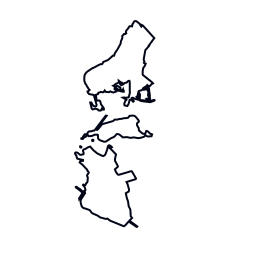 the district of Medalaii, Koror, Palau, rotated 307°
{"feature_id": "81905179B66298370942195", "entity_name": "Medalaii", "entity_type": "district", "adm_level": 2, "iso_a3": "PLW", "parent_name": "Palau", "parent_adm1": "Koror", "projection": "albers", "projection_center": [134.462, 7.336], "detail": "fine", "context": "isolated", "style": "outline", "palette": "ink", "viewbox_px": 256, "rotation_deg": 307, "n_neighbors": 0, "source": "geoboundaries", "source_scale": "gbopen_adm2", "svg_char_len": 5852}
<svg xmlns="http://www.w3.org/2000/svg" viewBox="0 0 256 256"><g transform="rotate(307 128 128)"><path d="M215.6,94.9L218.8,78.2L218.5,76.8L217.5,77.6L217.0,77.6L217.6,75.8L218.1,75.4L218.3,72.8L218.3,70.4L217.8,69.5L217.1,68.9L215.9,68.9L214.4,69.2L213.4,69.1L211.7,70.1L210.2,68.0L206.9,68.2L205.2,68.0L204.0,68.2L203.2,68.6L202.6,69.6L201.3,69.2L200.7,68.3L198.1,68.0L196.3,69.4L193.2,70.1L190.7,71.4L184.3,72.3L179.8,72.5L177.4,73.4L176.7,72.4L171.0,71.3L169.5,70.7L165.9,68.5L164.2,68.9L163.3,68.8L162.6,67.8L160.7,66.7L155.8,64.5L154.4,63.6L148.4,61.5L146.6,61.3L144.8,61.4L143.8,61.7L142.2,62.6L139.5,64.6L137.7,67.3L137.3,68.8L136.4,70.5L136.2,71.6L135.6,72.6L135.3,74.4L133.7,74.2L132.8,73.7L132.2,74.4L131.7,76.5L133.8,80.8L127.5,89.1L126.3,89.4L125.5,88.9L125.0,88.1L124.9,87.0L125.1,86.2L126.3,83.3L125.6,82.5L121.6,87.4L121.5,88.5L123.8,90.4L124.7,92.7L124.3,93.7L125.1,95.3L125.8,95.8L127.8,95.5L127.5,96.9L128.3,97.6L129.0,97.0L129.6,95.9L130.6,92.3L131.2,91.5L132.6,89.8L132.7,88.6L131.3,86.8L131.8,85.6L135.2,82.4L137.0,83.6L138.3,83.1L139.1,83.8L140.4,84.5L141.1,86.0L141.9,86.9L143.9,86.8L143.4,88.3L145.3,91.4L146.6,91.8L147.0,93.7L147.7,95.1L149.6,96.2L150.2,96.8L151.1,96.5L150.9,95.4L151.0,93.8L152.8,92.9L153.0,91.9L152.9,90.8L153.8,91.3L155.4,91.5L158.8,93.3L160.2,92.1L160.1,94.6L160.6,96.1L160.3,97.9L161.9,98.3L163.8,99.7L165.0,99.7L165.8,100.0L166.5,100.7L165.7,101.8L159.2,106.7L157.1,108.4L152.9,110.1L150.4,107.6L150.2,106.7L149.2,105.7L149.4,108.1L149.9,108.8L149.7,109.8L147.9,109.6L146.1,110.1L145.0,110.5L144.0,111.6L145.1,114.2L147.2,114.1L151.4,112.4L152.1,113.0L152.6,113.8L152.1,115.9L152.1,116.3L152.9,116.5L153.2,116.1L153.3,114.4L153.7,113.3L154.0,112.9L154.8,113.2L155.1,113.8L155.5,116.1L156.9,119.4L157.4,122.2L162.0,130.2L165.5,132.5L166.2,132.5L166.2,132.1L165.0,131.0L163.4,130.3L163.0,129.9L163.2,129.5L165.6,127.0L167.9,125.2L169.5,123.4L171.8,121.3L172.7,120.3L173.0,119.6L172.9,119.3L172.5,119.3L171.5,120.1L170.0,120.6L169.7,121.1L169.7,121.7L169.0,122.6L167.9,123.4L166.4,124.1L164.9,126.4L164.3,126.8L163.7,126.9L162.5,125.1L162.1,125.0L162.2,125.9L163.0,127.4L163.0,128.1L162.2,128.8L161.7,128.8L160.4,126.8L159.3,123.5L157.6,121.0L158.2,119.9L162.0,117.4L162.7,115.8L158.2,118.2L157.4,117.8L157.5,116.8L158.0,116.0L158.8,116.4L160.0,116.0L163.5,114.4L164.4,114.6L166.4,116.2L167.2,116.4L169.1,116.2L171.3,117.0L168.6,118.1L169.5,118.8L170.9,118.7L172.1,118.0L173.9,117.6L173.8,119.5L174.5,120.2L177.2,120.4L178.7,121.1L179.0,119.6L179.3,108.1L179.7,107.4L182.1,105.6L184.9,104.1L187.7,104.0L190.0,103.4L189.6,101.5L191.1,101.0L191.6,99.9L192.5,99.1L200.6,95.0L206.3,95.4L206.3,95.0L215.6,94.9ZM54.2,194.4L54.6,194.7L55.0,194.7L54.8,185.1L55.6,185.0L58.6,185.4L59.2,183.3L64.0,179.2L64.6,178.4L65.9,175.7L69.4,172.2L71.3,169.3L74.6,165.5L77.7,166.8L78.8,166.3L79.7,165.6L82.9,161.4L84.0,159.3L91.7,164.9L92.5,164.8L95.7,157.3L95.4,156.5L85.3,149.0L84.8,148.3L84.8,147.3L85.8,144.5L87.1,142.4L90.9,143.2L91.6,142.6L94.0,137.4L95.1,136.4L99.7,134.3L100.9,126.9L101.0,124.2L102.0,126.3L103.0,126.7L103.2,125.8L103.1,123.7L102.4,123.0L101.5,122.9L98.1,124.4L93.3,125.8L92.3,125.8L90.8,125.2L90.2,124.0L89.2,118.6L89.4,113.9L90.4,108.9L88.2,107.5L85.7,106.6L84.1,105.5L83.1,105.5L82.4,106.1L81.3,107.7L80.2,108.2L78.2,106.5L77.7,105.5L77.9,102.7L77.2,101.1L76.1,100.8L75.5,101.4L74.8,103.4L73.5,105.0L73.0,106.0L75.4,111.3L74.7,111.8L72.9,109.8L71.4,110.1L71.3,113.6L70.4,118.4L70.2,120.3L69.4,121.4L69.3,122.6L68.6,123.6L66.0,123.7L65.2,124.0L64.3,125.7L61.0,127.8L59.8,128.2L59.1,127.9L57.9,128.0L57.0,128.3L56.1,128.0L56.1,126.6L55.7,126.3L55.3,126.4L54.8,128.8L53.0,131.3L52.3,131.4L51.4,130.8L50.4,130.6L50.1,129.8L50.0,128.4L50.3,127.1L50.3,126.4L50.1,125.2L50.0,122.2L49.5,121.8L49.2,122.1L49.2,126.9L48.9,130.3L48.4,130.8L42.4,131.3L41.8,131.9L42.8,132.0L49.9,131.5L50.8,132.0L50.2,132.9L43.3,133.4L41.8,133.7L41.0,134.1L39.7,135.4L37.6,138.1L37.2,139.8L37.4,140.9L38.3,143.3L39.4,146.9L38.6,149.5L38.4,150.8L39.8,156.6L39.8,159.4L41.6,164.0L42.3,165.3L43.3,166.2L43.2,168.8L43.4,170.1L47.0,183.8L48.6,184.4L53.7,184.8L54.2,194.4ZM103.3,100.7L102.1,99.2L101.1,98.7L100.2,98.6L99.1,98.8L98.1,100.2L97.8,101.4L98.7,102.7L100.3,104.2L102.7,105.5L104.0,107.2L104.3,108.1L101.8,110.3L101.3,111.6L101.4,113.1L102.5,116.8L103.1,117.8L104.1,118.6L109.4,120.5L112.3,122.1L113.3,122.4L115.6,122.5L116.7,122.9L117.4,124.3L117.6,125.8L117.4,129.5L120.0,132.5L121.5,135.7L122.2,136.6L123.8,138.0L126.2,142.5L127.8,144.0L129.8,145.5L130.9,146.1L132.7,146.3L132.7,147.6L133.1,148.8L133.8,149.8L135.6,151.7L137.4,151.1L136.8,149.2L137.2,146.4L137.1,145.3L136.6,144.4L133.4,145.3L133.0,144.3L132.3,143.0L132.6,138.3L134.5,136.4L135.1,134.6L135.7,133.6L136.3,132.9L137.4,132.4L139.7,132.8L140.3,132.1L140.7,131.1L141.6,127.3L141.6,126.2L141.4,125.4L140.6,124.0L139.4,122.9L138.7,121.9L137.1,122.0L136.3,121.9L135.2,121.0L133.3,118.8L131.4,117.3L130.0,115.7L128.3,114.4L126.7,112.3L125.0,112.0L124.0,111.5L115.8,105.3L114.8,105.0L110.6,104.9L108.0,104.6L107.6,103.7L124.9,103.6L124.5,102.8L105.8,102.7L105.2,101.9L103.3,100.7ZM153.8,98.3L154.8,98.5L155.8,97.4L155.4,96.2L155.4,94.6L154.9,93.7L153.6,93.3L153.1,93.7L152.8,94.5L152.9,96.5L152.0,97.9L152.6,98.8L152.9,100.0L153.8,101.7L154.4,99.9L153.8,98.3ZM92.0,98.5L92.8,98.4L93.8,98.6L95.5,99.4L97.3,99.8L97.8,99.2L97.7,98.4L97.1,97.3L96.3,97.1L95.5,97.7L95.1,97.8L94.3,97.2L93.3,97.6L92.8,97.6L91.6,96.9L91.3,97.1L91.6,97.9L92.0,98.5ZM158.8,94.7L158.1,95.6L158.1,96.7L159.0,97.4L159.7,96.8L159.7,95.2L158.8,94.7ZM97.6,107.5L97.5,106.9L97.0,106.6L96.6,106.7L96.2,107.1L96.2,107.5L96.4,107.9L97.0,108.0L97.6,107.5ZM84.6,100.8L84.0,101.1L83.9,101.9L84.3,102.4L84.8,102.2L84.9,101.2L84.6,100.8ZM155.3,101.5L155.9,100.8L155.3,100.9L155.3,101.5ZM154.8,102.2L155.0,102.4L155.6,102.8L155.2,102.1L154.8,102.2Z" fill="none" stroke="#020617" stroke-width="2"/></g></svg>